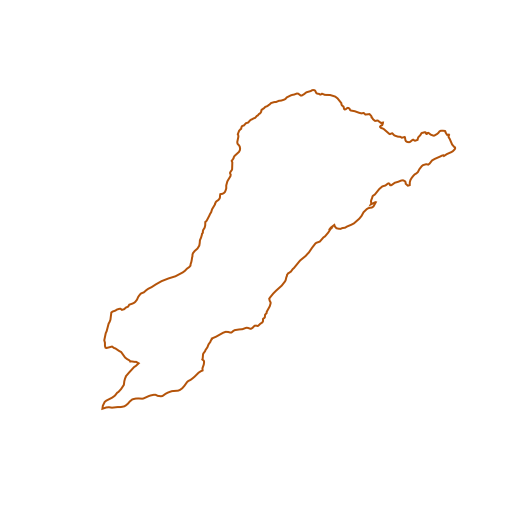 the district of Sibundoy, Putumayo, Colombia, rotated 218°
{"feature_id": "7082276B87047054998240", "entity_name": "Sibundoy", "entity_type": "district", "adm_level": 2, "iso_a3": "COL", "parent_name": "Colombia", "parent_adm1": "Putumayo", "projection": "equal_earth", "projection_center": [-76.909, 1.238], "detail": "fine", "context": "isolated", "style": "outline", "palette": "amber", "viewbox_px": 512, "rotation_deg": 218, "n_neighbors": 0, "source": "geoboundaries", "source_scale": "gbopen_adm2", "svg_char_len": 6101}
<svg xmlns="http://www.w3.org/2000/svg" viewBox="0 0 512 512"><g transform="rotate(218 256 256)"><path d="M227.6,132.9L229.1,134.6L230.3,138.2L231.3,140.0L232.2,141.1L233.0,141.4L234.6,141.4L234.9,142.4L237.3,146.1L237.5,147.2L237.5,149.5L237.9,150.8L238.1,154.1L239.0,157.2L239.1,160.2L239.6,161.8L239.6,163.5L240.0,163.8L237.8,167.8L234.7,175.2L233.3,177.5L231.2,179.0L229.4,179.7L228.4,180.4L228.1,181.1L227.7,183.1L227.1,184.5L224.0,187.8L221.6,190.0L219.9,192.8L219.2,193.7L218.0,194.4L215.6,195.2L215.1,195.7L214.5,197.2L214.3,199.4L214.0,200.4L212.9,201.3L211.7,201.8L211.3,202.4L210.9,205.2L210.1,207.6L210.4,209.1L211.7,210.6L211.7,211.1L211.3,212.3L211.3,213.1L212.7,215.4L212.5,217.6L213.2,218.6L214.2,224.8L215.3,227.6L215.9,228.4L217.7,229.2L219.3,230.5L219.4,232.3L219.3,237.1L218.8,241.2L217.5,248.5L217.5,252.6L217.5,253.9L217.8,255.3L219.0,257.9L219.4,259.4L219.9,260.1L220.0,262.3L219.5,263.2L219.3,264.1L218.9,265.1L219.0,268.4L218.7,269.7L218.5,278.9L218.4,280.0L216.9,286.6L216.7,289.8L216.5,291.3L216.9,297.1L216.9,302.5L216.5,303.7L214.6,306.6L214.3,312.2L213.7,313.9L213.5,319.1L213.9,323.1L213.8,323.7L214.5,323.1L214.5,324.5L213.4,328.7L212.0,327.8L209.7,327.4L207.8,328.3L206.1,329.4L205.2,331.1L203.2,333.2L202.4,335.3L200.2,339.2L198.9,342.0L197.6,348.9L197.5,352.5L198.2,356.7L197.6,361.1L196.9,362.9L195.5,364.6L194.6,365.4L194.0,367.1L194.0,367.9L194.7,372.1L195.1,371.9L197.3,367.3L197.5,368.5L199.1,369.9L199.6,371.0L200.2,373.1L200.9,374.8L200.9,375.5L200.2,377.6L200.1,384.7L199.3,388.6L197.4,391.3L196.7,394.1L196.2,394.9L195.4,395.1L193.9,394.4L193.2,394.8L192.8,395.5L191.7,399.2L189.6,402.1L188.2,404.6L187.3,405.7L186.4,406.3L184.4,406.6L183.7,406.3L182.5,405.1L179.6,404.9L178.5,406.5L180.2,408.8L181.1,411.0L181.4,413.4L181.4,416.0L181.2,418.0L180.5,419.7L180.1,421.7L180.7,425.0L180.7,428.9L180.3,430.5L178.4,433.1L176.5,434.1L176.1,435.7L176.1,439.7L174.9,442.6L172.1,447.8L171.3,449.5L170.4,450.7L169.5,450.5L168.3,453.9L166.0,458.2L165.4,459.8L165.1,462.5L165.4,463.5L166.0,464.1L166.6,463.9L170.1,464.6L175.4,467.5L177.3,468.2L178.0,468.9L178.4,470.3L178.8,470.4L179.5,469.4L180.1,469.1L182.8,470.1L183.4,470.7L183.9,470.9L184.9,470.4L186.5,469.3L187.6,468.3L188.1,467.2L188.1,465.2L188.4,463.7L189.6,460.7L190.2,460.1L193.0,459.2L195.9,459.2L196.5,458.6L196.5,457.4L196.8,457.1L197.9,457.3L198.1,457.7L198.6,457.8L199.5,457.2L200.3,455.9L200.9,455.4L201.2,454.6L200.9,452.3L201.2,449.7L201.0,448.7L200.2,447.0L201.5,444.9L201.9,444.6L203.8,444.4L204.2,443.6L204.8,440.9L205.2,440.2L206.2,439.4L207.3,438.9L208.6,438.8L209.6,439.3L211.7,441.2L212.1,441.3L213.9,439.0L215.6,438.8L217.7,437.4L220.5,436.4L221.6,436.2L224.1,436.6L224.5,436.2L225.5,434.5L226.0,434.3L233.6,434.7L235.0,434.4L236.2,433.9L237.5,434.0L237.8,434.2L237.9,435.3L237.1,436.8L237.6,438.4L238.1,439.3L238.7,438.7L239.2,437.8L243.5,437.7L244.0,437.3L244.8,436.2L245.6,435.7L248.0,435.8L249.2,436.3L250.2,436.3L250.6,436.9L251.5,437.3L253.9,437.7L256.9,434.8L259.2,435.0L260.7,433.3L263.0,432.3L267.3,430.9L270.9,429.0L271.8,429.0L272.9,429.6L274.2,429.6L275.1,429.0L275.7,426.8L276.3,426.1L277.1,426.1L279.0,427.6L281.1,427.6L282.1,428.2L282.9,429.0L288.7,430.4L290.7,430.4L292.0,430.3L296.7,428.5L300.9,425.4L303.9,424.5L304.2,423.5L304.8,422.7L306.0,422.6L307.8,421.6L309.0,421.6L311.2,422.7L312.0,422.6L312.8,422.2L313.8,421.3L314.4,419.7L317.0,416.1L317.3,415.2L317.7,413.3L318.7,410.7L319.5,410.0L322.7,409.9L323.8,409.2L325.4,406.6L326.5,405.4L327.4,404.1L329.4,399.9L329.5,397.8L330.3,396.2L331.9,393.9L333.5,392.4L335.0,389.7L336.4,388.5L338.3,385.8L338.6,383.5L339.0,382.8L339.1,381.9L339.5,380.8L340.5,379.2L340.7,377.2L341.1,376.4L341.1,375.6L341.6,374.9L341.5,374.2L340.7,372.8L340.6,371.9L340.6,370.9L341.1,369.6L341.1,367.8L341.6,366.9L341.7,364.4L342.7,362.8L343.2,361.4L343.7,360.7L344.2,359.0L344.3,356.4L345.7,354.4L345.9,351.4L346.9,350.0L346.8,348.6L346.0,347.1L346.3,346.1L346.4,344.3L345.3,340.7L344.4,340.3L343.3,339.1L341.0,334.4L340.3,333.6L339.4,333.0L337.4,332.7L336.2,332.2L334.8,331.0L333.9,329.6L333.5,327.6L334.5,321.6L334.3,320.1L333.8,319.0L333.7,316.0L332.3,315.2L328.2,309.6L328.0,308.9L327.9,306.7L327.7,305.7L327.2,305.1L326.0,304.5L325.3,303.2L324.7,298.3L324.5,297.1L322.9,293.3L321.1,291.0L320.4,289.2L319.9,287.3L320.1,285.8L320.7,284.4L322.2,282.8L321.8,281.9L320.4,279.8L320.1,278.9L320.1,277.0L320.8,274.8L320.9,273.7L320.6,273.0L320.6,272.2L320.1,271.5L319.4,265.8L318.3,262.9L318.1,260.9L317.6,258.9L316.6,253.5L316.7,252.3L316.9,251.6L314.9,248.9L313.9,246.7L313.6,243.9L313.1,242.8L312.2,241.6L312.2,240.2L311.7,239.4L310.6,236.6L309.9,233.9L308.3,231.5L307.1,229.3L306.7,225.8L307.4,222.2L307.4,219.4L306.9,218.0L305.9,216.6L305.4,215.4L304.3,213.5L303.3,211.5L302.5,209.3L301.7,208.0L301.8,206.1L302.6,203.5L302.9,200.5L303.6,198.0L307.0,190.4L311.1,184.5L314.9,178.1L317.4,172.1L319.1,167.2L320.7,163.9L321.4,161.6L322.0,158.3L323.5,155.8L323.7,154.6L323.7,152.4L323.6,151.1L322.9,148.3L322.9,145.5L323.2,144.2L324.0,142.5L325.9,139.6L325.6,137.4L326.8,135.2L327.1,133.0L328.5,131.0L330.3,131.0L331.2,130.2L332.6,128.2L333.2,126.4L334.8,123.9L335.2,122.4L331.5,116.2L330.8,114.0L330.5,112.0L327.4,104.8L326.9,102.7L323.7,96.2L321.7,94.7L319.6,92.1L318.1,91.1L317.2,91.4L313.7,96.0L311.1,96.1L309.9,96.6L305.4,96.9L303.1,97.3L296.7,95.4L294.2,95.4L291.7,95.8L290.6,95.7L290.1,95.4L289.1,96.4L286.7,97.7L285.3,98.8L282.4,99.2L283.0,95.4L283.7,93.4L284.3,85.7L284.5,81.0L284.2,80.6L283.8,78.9L282.7,76.3L280.8,73.1L280.4,68.1L280.7,64.1L281.2,62.9L281.2,59.8L281.3,58.7L282.2,55.7L284.9,49.9L285.4,47.9L284.5,43.7L283.0,41.1L280.7,44.5L278.8,46.3L276.1,47.8L272.1,51.7L269.8,53.5L268.5,54.9L267.2,56.5L266.5,58.4L266.0,60.9L265.9,63.6L265.2,66.8L264.4,67.9L263.0,69.6L260.9,71.4L257.8,73.5L257.0,74.4L254.2,79.7L253.2,81.2L251.1,83.7L249.7,84.8L247.3,85.3L246.0,86.1L244.6,86.9L243.5,88.1L242.4,91.8L241.4,94.0L240.2,96.0L239.0,97.8L234.5,101.9L233.5,103.6L232.7,106.3L232.5,109.6L232.7,114.2L232.4,115.8L231.3,118.1L230.6,120.7L230.1,123.1L229.4,128.7L228.5,131.3L227.6,132.9Z" fill="none" stroke="#b45309" stroke-width="2"/></g></svg>